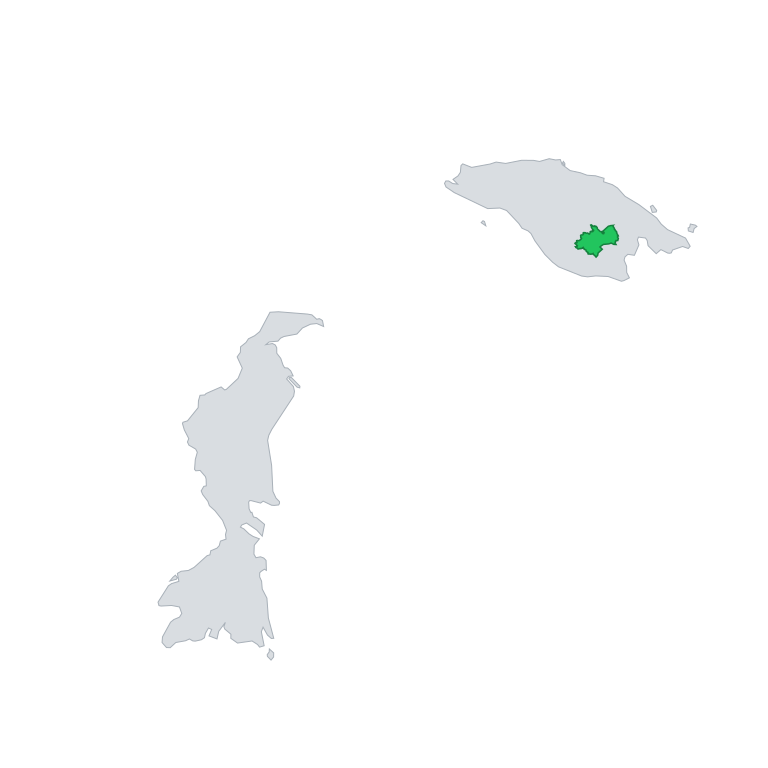 Gua Musang, Kelantan, Malaysia (highlighted), rotated 138°
{"feature_id": "92858781B67795542247557", "entity_name": "Gua Musang", "entity_type": "district", "adm_level": 2, "iso_a3": "MYS", "parent_name": "Malaysia", "parent_adm1": "Kelantan", "projection": "natural_earth1", "projection_center": [102.158, 5.006], "detail": "fine", "context": "in_parent", "style": "filled", "palette": "green", "viewbox_px": 768, "rotation_deg": 138, "n_neighbors": 0, "source": "geoboundaries", "source_scale": "gbopen_adm2", "svg_char_len": 8514}
<svg xmlns="http://www.w3.org/2000/svg" viewBox="0 0 768 768"><g transform="rotate(138 384 384)"><path d="M664.3,381.5L660.1,380.6L654.1,376.3L647.9,374.8L630.3,374.8L627.7,373.5L624.3,376.0L618.1,373.8L614.6,374.1L610.7,376.7L605.2,374.4L602.5,378.2L598.9,380.6L595.2,390.7L594.4,402.9L595.2,410.4L593.4,414.6L592.7,423.1L591.4,426.9L586.4,428.5L584.2,427.2L579.8,432.4L578.7,434.6L578.5,442.8L582.0,445.5L581.9,447.3L574.7,454.2L568.4,458.2L567.5,461.7L569.9,469.0L568.9,472.4L565.6,474.1L563.1,483.5L560.2,489.5L559.0,490.1L554.7,488.1L537.9,490.8L533.1,495.7L528.3,498.7L524.5,495.8L522.6,496.0L507.0,490.8L506.4,486.2L504.8,485.5L488.7,485.8L478.7,490.6L475.0,502.4L469.6,503.6L465.7,507.6L458.7,507.2L454.5,508.3L447.7,506.4L441.3,506.1L420.7,513.6L414.1,508.3L394.1,487.2L391.3,483.6L390.7,477.1L388.4,475.9L387.7,474.2L387.3,472.3L390.4,467.1L393.5,473.9L398.6,477.6L407.2,480.2L415.3,479.4L426.5,486.2L430.2,487.3L434.1,486.8L441.2,492.1L445.5,492.3L439.8,488.7L438.7,485.8L439.4,482.8L443.1,478.6L443.6,472.1L446.4,465.6L447.0,462.6L444.9,460.3L444.5,456.3L446.1,450.8L449.8,453.6L453.0,452.9L453.0,442.8L455.4,438.5L459.2,435.5L497.6,425.4L503.9,423.0L508.2,420.0L522.0,398.7L538.4,378.6L540.6,371.5L540.4,366.5L541.4,365.3L543.2,364.6L546.8,367.2L548.7,369.2L552.2,377.8L555.4,378.1L560.8,386.3L562.0,387.3L563.6,386.8L567.8,381.5L569.0,377.6L568.0,377.1L570.0,372.6L568.2,369.8L566.7,359.6L576.3,352.4L576.3,360.7L579.2,372.7L584.0,374.4L586.5,373.7L585.1,370.1L584.6,363.0L583.3,358.3L580.2,352.3L588.3,351.0L594.5,344.6L595.4,340.6L591.4,338.2L589.8,335.1L589.7,331.8L596.1,324.2L596.8,326.4L600.8,327.0L602.7,326.9L605.5,323.8L606.9,319.4L611.7,313.1L614.3,303.2L626.5,287.5L636.1,268.8L638.0,270.3L638.6,275.4L636.6,284.2L640.9,282.0L648.2,269.7L652.5,271.7L652.3,275.1L654.0,281.3L666.2,289.5L668.0,297.5L665.2,300.5L666.3,308.3L665.4,310.8L661.4,313.0L672.3,310.8L678.7,306.3L682.6,313.9L676.3,316.9L677.7,320.1L683.6,318.2L687.2,315.6L690.8,316.1L696.3,319.2L698.0,321.0L699.2,324.7L703.3,326.0L711.7,331.2L719.3,331.1L722.0,333.7L721.9,340.4L717.8,344.3L702.0,349.8L697.8,349.6L692.0,347.6L687.8,348.8L685.2,355.2L690.1,361.6L698.3,368.2L699.5,369.9L697.9,373.1L679.3,378.3L675.4,377.8L668.5,374.6L664.3,381.5ZM62.3,290.7L64.3,281.5L67.2,281.1L70.1,286.4L79.9,290.5L82.8,289.2L84.2,290.0L85.5,291.4L88.3,298.6L94.5,298.7L95.2,310.1L92.4,314.5L92.0,317.5L96.6,322.9L99.2,321.6L101.5,316.8L111.8,312.1L116.0,317.2L119.9,317.2L122.7,315.4L124.9,309.2L129.0,304.5L130.6,298.7L136.5,300.3L138.8,301.5L145.5,313.9L154.3,322.6L161.0,327.4L164.9,332.0L175.9,354.3L177.2,361.5L177.8,372.6L176.1,389.2L174.1,397.5L174.5,401.4L177.2,407.4L176.4,413.1L176.8,430.9L180.1,437.2L189.6,445.0L203.7,479.2L206.1,488.9L204.8,492.6L202.2,493.5L200.1,491.6L198.8,487.0L195.5,483.2L195.8,489.9L189.8,489.1L185.6,490.2L180.6,494.8L178.2,494.9L173.9,486.3L158.0,476.5L152.2,473.9L146.0,466.5L132.1,458.2L123.3,450.2L119.5,445.3L110.5,440.9L106.6,435.7L102.8,432.8L104.8,427.8L102.9,418.1L96.6,409.4L93.4,403.3L87.5,397.2L82.8,389.6L85.5,387.4L80.9,379.3L79.3,373.4L79.3,362.2L74.5,346.6L70.3,324.9L71.0,317.3L70.0,309.0L62.3,290.7ZM648.6,261.7L646.5,263.8L645.9,258.0L648.7,255.0L652.7,254.4L652.9,259.6L651.9,261.0L648.6,261.7ZM52.9,289.8L55.4,294.1L53.6,296.5L52.1,295.9L49.3,297.9L46.3,293.7L46.0,291.7L49.5,292.0L52.9,289.8ZM451.1,451.6L450.1,452.1L448.5,450.7L448.0,438.6L449.2,437.5L450.7,439.8L451.1,451.6ZM69.8,332.0L67.2,337.7L64.7,337.0L65.2,330.5L66.6,329.7L69.8,332.0ZM675.0,380.9L670.2,381.6L666.9,381.5L667.3,378.3L668.9,377.8L675.0,380.9ZM203.8,438.9L201.2,439.1L200.6,437.5L202.5,433.4L203.8,438.9ZM103.6,428.7L101.8,429.4L102.0,426.9L103.3,425.5L103.6,428.7Z" fill="#d9dde1" stroke="#a8b0b8" stroke-width="1"/><path d="M118.2,332.4L118.1,332.8L118.3,333.1L118.6,333.4L118.3,333.7L118.2,334.0L117.8,334.3L117.5,334.3L117.4,334.5L117.1,334.6L116.9,334.8L116.7,335.1L116.4,335.1L116.0,335.1L115.7,335.3L115.6,335.1L115.4,334.9L115.2,334.7L114.9,334.6L114.7,334.8L114.4,334.7L114.2,334.6L114.1,334.3L113.7,334.5L113.4,334.7L113.3,335.0L113.0,335.1L112.7,335.2L112.5,335.3L112.5,335.5L112.3,336.2L112.3,336.7L112.2,336.9L111.9,336.9L111.7,336.9L111.5,337.1L111.5,337.4L111.4,337.8L111.0,337.8L110.9,337.7L110.7,337.5L110.6,337.8L110.6,338.1L110.6,338.6L110.4,338.8L110.3,339.1L110.3,339.5L110.3,340.0L110.2,340.3L110.0,340.6L109.8,340.9L109.5,341.0L109.5,341.3L109.3,341.5L109.4,341.9L109.3,342.2L109.2,342.4L109.3,342.6L109.4,342.9L109.4,343.1L109.3,343.3L109.2,343.6L109.1,343.8L109.2,344.0L109.1,344.3L109.3,344.6L109.3,344.8L109.2,344.9L109.0,345.1L108.9,345.2L108.6,345.5L108.6,345.9L108.6,346.1L108.5,346.4L108.4,346.6L108.5,346.9L108.5,347.1L108.4,347.3L108.4,347.5L108.2,347.6L108.1,347.9L108.2,348.0L108.1,348.3L108.0,348.5L107.9,348.6L107.6,348.6L109.8,350.2L110.6,350.5L111.7,351.1L118.8,351.1L119.5,351.3L119.8,351.3L119.6,350.6L119.3,350.1L119.1,349.6L119.1,349.2L119.6,348.9L119.9,348.9L120.1,349.2L120.4,349.8L120.6,349.1L120.8,349.3L120.9,349.9L120.8,350.4L120.8,350.7L120.7,351.2L120.5,351.7L120.6,352.0L121.0,352.3L121.3,352.6L121.4,353.2L121.4,353.7L121.4,354.2L121.6,356.2L121.4,357.0L120.9,357.6L120.8,357.8L121.0,358.5L120.9,358.9L120.9,359.2L121.0,359.6L121.3,359.6L121.5,359.5L121.8,359.6L121.8,360.0L121.8,360.4L121.9,360.8L122.2,360.9L122.4,360.7L122.5,360.7L122.6,361.1L122.9,361.3L123.2,361.4L123.4,361.7L123.4,362.0L123.2,362.5L123.3,362.9L123.4,363.4L123.5,363.7L124.1,363.8L124.2,363.3L124.3,362.9L124.4,362.6L124.6,362.1L124.9,361.9L125.0,361.7L125.1,361.4L125.1,361.1L125.2,360.8L125.4,359.9L125.5,359.5L125.5,359.2L125.4,358.7L125.4,357.9L125.8,357.7L126.1,358.0L126.2,358.3L126.4,358.5L126.7,358.4L126.8,358.1L127.0,357.7L127.2,357.8L127.3,358.3L127.6,358.7L127.9,358.8L128.1,358.6L128.3,358.8L128.5,359.2L128.8,359.2L128.9,358.8L129.0,358.6L129.4,358.6L129.7,358.5L130.1,358.3L130.6,358.1L130.9,357.9L131.2,358.1L131.4,358.5L131.5,359.1L131.5,359.6L131.9,360.2L132.6,360.5L133.1,361.2L133.1,361.7L133.5,362.1L133.9,362.5L134.1,362.8L134.6,363.0L134.9,363.0L135.0,363.0L135.2,362.8L135.2,362.5L135.1,362.2L135.5,362.0L136.0,361.9L136.3,361.8L136.9,362.1L137.3,362.5L137.9,362.9L138.4,362.8L138.8,362.6L138.9,362.2L139.2,361.7L139.6,361.5L139.8,361.0L139.8,360.6L139.6,360.4L139.6,360.1L140.1,359.9L140.5,359.8L140.9,359.9L141.0,359.9L141.1,359.7L141.3,359.7L141.5,359.7L141.6,359.8L141.8,359.9L142.0,359.9L142.3,359.8L142.5,359.8L142.8,360.0L143.0,360.0L143.3,360.1L143.4,360.3L143.6,360.5L143.9,360.8L144.0,360.9L144.2,361.0L144.3,361.2L144.3,361.3L144.6,361.5L144.8,361.6L144.9,361.4L145.0,361.3L145.2,361.2L145.3,361.2L145.4,360.9L145.5,360.8L145.6,360.7L145.8,360.5L145.9,360.3L145.9,360.1L146.0,359.9L146.2,360.0L146.4,360.2L146.5,360.4L146.6,360.5L146.8,360.7L147.2,360.5L147.3,360.5L147.5,360.7L147.6,360.8L147.9,360.8L147.9,360.6L147.9,360.4L148.0,360.3L147.9,360.1L147.9,359.9L147.9,359.7L147.9,359.4L147.8,359.2L147.7,359.0L147.7,358.9L147.7,358.6L147.8,358.3L147.9,358.1L147.9,357.9L147.8,357.7L147.7,357.5L147.8,357.4L148.0,357.3L148.0,357.2L148.3,357.1L148.5,357.3L148.8,357.4L148.9,357.6L149.1,357.7L149.3,357.7L149.5,357.7L149.8,357.9L149.8,357.6L150.0,357.4L150.1,357.1L150.0,356.8L149.8,356.7L149.8,356.4L149.8,356.2L149.7,356.0L149.6,355.9L149.4,355.8L149.3,355.7L149.3,355.4L149.4,355.2L149.5,354.9L149.6,354.7L149.5,354.4L149.4,354.4L149.2,354.4L148.9,354.2L148.5,353.9L148.4,353.9L148.2,353.8L148.1,353.6L147.9,353.4L147.6,353.4L147.4,353.4L147.3,353.1L147.1,352.8L146.9,352.7L146.7,352.6L146.4,352.5L146.2,352.4L145.9,352.3L145.7,352.1L145.4,352.4L145.3,352.5L145.1,352.4L144.5,352.2L144.7,351.8L144.7,351.6L144.7,351.4L144.8,351.1L144.8,350.8L144.9,350.7L145.0,350.5L144.8,350.3L145.1,349.9L145.0,349.7L144.7,349.5L144.6,349.3L144.5,349.0L144.3,348.7L144.3,348.2L144.5,347.9L144.8,347.7L144.9,347.2L144.7,346.7L144.7,346.4L144.8,346.2L144.7,346.0L144.6,345.7L144.4,345.5L144.3,345.3L144.4,345.1L144.7,345.0L144.9,344.9L145.0,344.7L145.0,344.4L145.3,344.1L145.2,343.9L144.9,343.7L144.8,343.4L144.7,343.3L144.5,343.2L144.3,343.1L143.9,342.8L143.9,342.6L143.5,342.1L143.3,341.9L143.1,341.8L142.8,341.7L142.6,341.7L142.3,341.5L142.2,341.2L141.6,341.1L141.3,341.1L141.4,340.8L141.5,340.5L141.6,340.3L141.7,340.0L141.7,339.7L141.6,339.4L141.4,339.0L141.4,338.8L141.4,338.5L141.4,338.2L141.5,337.8L141.5,337.5L141.4,337.2L141.5,336.9L141.5,336.4L139.2,336.6L137.2,338.1L131.6,338.1L131.8,341.3L129.9,341.3L127.5,340.9L123.3,337.8L122.1,337.2L120.9,336.8L119.8,334.0L118.2,332.4L118.2,332.4Z" fill="#22c55e" stroke="#15803d" stroke-width="1.5"/></g></svg>